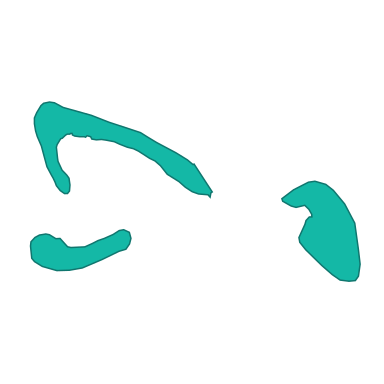 the district of Mwokilloa, Federated States of Micronesia, rotated 267°
{"feature_id": "79324940B30982255534478", "entity_name": "Mwokilloa", "entity_type": "district", "adm_level": 2, "iso_a3": "FSM", "parent_name": "Federated States of Micronesia", "parent_adm1": "", "projection": "mercator", "projection_center": [159.759, 6.679], "detail": "fine", "context": "isolated", "style": "filled", "palette": "teal", "viewbox_px": 384, "rotation_deg": 267, "n_neighbors": 0, "source": "geoboundaries", "source_scale": "gbopen_adm2", "svg_char_len": 1722}
<svg xmlns="http://www.w3.org/2000/svg" viewBox="0 0 384 384"><g transform="rotate(267 192 192)"><path d="M288.3,59.3L289.3,54.4L288.4,48.5L286.2,45.7L279.4,41.1L274.2,38.5L268.4,38.2L261.2,39.0L255.5,40.4L245.8,44.0L235.4,46.2L224.8,48.5L215.8,52.7L213.3,54.0L208.9,55.8L205.4,56.9L200.3,60.5L197.1,64.6L197.0,67.6L199.4,69.7L205.4,70.5L212.2,69.9L215.5,67.8L220.6,63.4L229.6,59.8L232.8,59.5L243.8,58.9L246.4,59.8L252.0,63.6L252.5,65.3L255.4,68.7L256.3,70.4L256.2,73.1L256.8,73.6L256.8,75.3L255.2,75.6L254.0,77.8L253.1,82.6L252.8,87.5L252.3,88.6L253.7,90.2L252.5,93.7L250.1,94.7L249.1,99.2L249.2,104.4L248.3,108.9L246.3,117.0L243.6,122.1L240.1,129.8L238.3,135.8L235.6,140.7L227.8,151.5L225.0,156.6L219.9,161.9L211.0,168.2L203.0,179.6L197.1,185.6L192.3,192.2L189.7,198.4L188.4,207.8L185.9,209.8L190.1,210.8L191.0,212.2L219.8,195.5L219.3,194.5L224.3,189.1L232.0,178.0L243.3,159.2L249.2,150.5L254.0,143.7L266.0,112.8L267.9,108.6L273.8,95.6L283.2,67.7L288.3,59.3ZM196.3,315.3L195.7,308.8L188.9,293.6L180.6,281.4L178.0,282.1L172.8,290.3L171.2,295.1L172.8,303.9L168.6,307.8L163.4,310.4L160.9,310.4L160.9,307.8L157.6,304.4L153.8,303.1L140.9,296.4L136.1,297.0L128.3,302.6L111.8,317.8L102.1,327.8L96.3,335.3L94.7,344.1L95.0,350.5L99.2,353.8L111.1,356.1L126.6,355.1L152.4,352.9L172.1,343.8L186.3,333.2L192.6,326.0L196.3,315.3ZM155.0,127.3L157.9,121.8L157.3,117.3L153.7,111.0L150.2,101.9L148.4,95.6L145.8,89.8L142.8,82.1L142.9,68.2L143.8,64.9L152.5,57.8L152.5,53.6L156.8,47.4L157.7,43.8L157.0,37.4L154.8,32.8L150.7,28.6L146.5,27.9L134.2,28.5L130.7,31.1L125.5,38.6L120.6,52.9L120.3,65.5L121.9,78.5L129.3,98.7L136.6,115.9L138.3,123.0L143.4,126.9L148.9,128.6L155.0,127.3Z" fill="#14b8a6" stroke="#0f766e" stroke-width="1.5"/></g></svg>